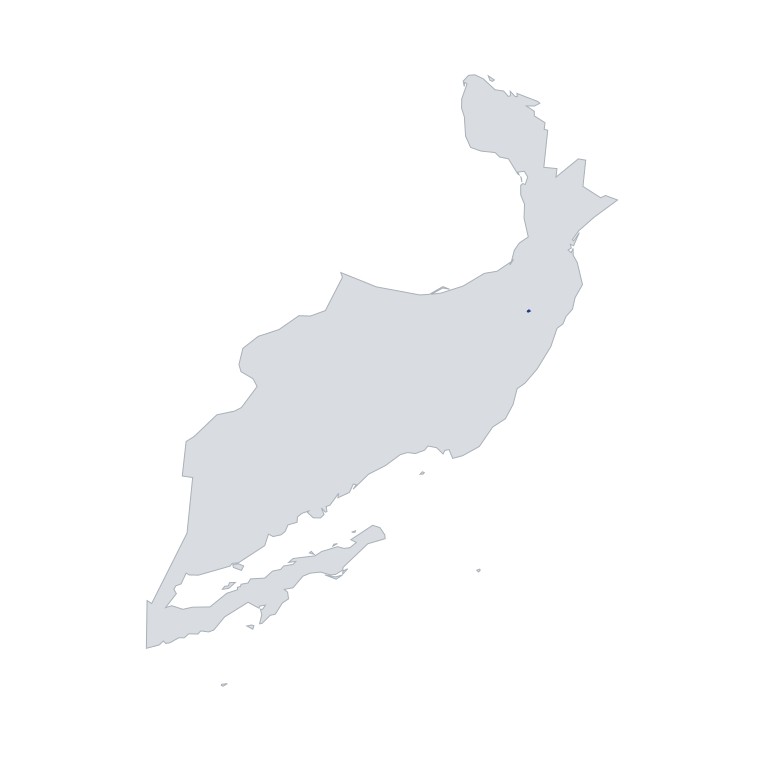 location of San Martín Zacatepec, Oaxaca, Mexico, rotated 276°
{"feature_id": "50627088B15099528987942", "entity_name": "San Martín Zacatepec", "entity_type": "district", "adm_level": 2, "iso_a3": "MEX", "parent_name": "Mexico", "parent_adm1": "Oaxaca", "projection": "robinson", "projection_center": [-98.056, 17.815], "detail": "fine", "context": "in_parent", "style": "filled", "palette": "blue", "viewbox_px": 768, "rotation_deg": 276, "n_neighbors": 0, "source": "geoboundaries", "source_scale": "gbopen_adm2", "svg_char_len": 4175}
<svg xmlns="http://www.w3.org/2000/svg" viewBox="0 0 768 768"><g transform="rotate(276 384 384)"><path d="M96.3,175.3L143.9,171.0L141.4,175.9L215.1,203.7L271.0,203.5L271.4,193.0L306.1,193.2L312.0,200.7L335.9,221.0L341.4,238.1L345.7,244.7L368.3,258.1L375.6,253.1L381.3,240.5L388.2,237.7L404.7,239.9L418.2,253.9L427.2,273.9L443.0,292.2L443.9,303.7L450.9,318.0L485.7,331.5L490.3,329.4L479.8,366.2L476.3,410.3L477.9,419.7L487.0,432.4L485.1,439.3L485.6,432.4L478.1,421.6L480.5,431.5L489.6,452.3L504.5,472.2L507.9,484.5L518.4,497.1L515.5,496.8L521.5,499.8L519.6,498.0L530.6,499.6L538.4,503.9L545.3,512.1L563.8,505.9L577.4,505.0L586.4,500.2L595.9,499.2L597.8,501.0L597.2,503.6L604.9,505.3L610.2,501.3L608.7,494.9L606.2,496.5L606.8,495.1L620.9,484.3L621.8,475.4L625.8,470.3L625.8,456.1L628.3,445.4L639.1,439.2L658.1,436.0L666.4,432.3L675.7,431.5L691.1,435.2L692.4,432.8L688.3,432.7L693.5,431.1L699.8,435.8L701.0,442.1L698.0,450.7L688.2,463.7L687.9,472.3L683.0,477.6L683.9,479.6L688.3,478.9L683.7,484.3L683.7,486.5L686.9,485.8L681.0,507.6L679.5,509.6L676.2,504.6L675.4,496.4L671.0,504.9L666.3,505.5L660.7,516.8L654.0,516.7L653.5,520.3L616.2,520.3L616.3,533.5L607.7,533.4L628.2,553.7L627.7,561.2L601.3,561.2L591.9,579.9L594.6,584.6L591.4,597.0L572.1,575.8L556.7,561.6L547.3,556.2L546.2,557.6L555.0,562.4L541.4,558.1L542.3,554.7L538.8,556.1L536.5,553.1L534.1,556.4L538.6,557.9L531.8,558.7L525.0,563.5L503.6,571.0L489.8,565.0L478.1,563.6L470.3,558.0L462.5,555.7L457.5,550.3L438.6,546.0L414.9,534.7L399.6,524.1L393.2,516.9L377.2,514.5L362.2,508.4L352.6,496.6L331.8,485.3L320.9,469.7L317.2,460.1L325.6,455.5L324.3,451.4L320.6,450.1L326.2,442.9L326.9,434.2L322.4,431.2L318.1,422.5L318.3,414.6L315.4,407.5L303.2,394.2L292.7,378.1L276.2,364.3L280.9,366.9L281.3,363.9L272.5,360.9L266.0,350.0L270.6,350.3L257.8,342.9L256.1,339.3L251.2,340.6L250.4,339.0L254.2,334.7L247.9,338.0L244.2,334.9L243.5,327.7L248.2,321.3L249.9,322.5L246.8,315.9L242.8,311.8L237.4,312.0L233.8,303.2L227.2,301.2L223.3,297.5L220.7,289.7L222.6,284.8L210.8,282.3L190.8,257.7L189.8,251.8L186.8,250.0L174.5,219.4L173.7,210.1L175.3,207.0L164.0,203.1L161.6,198.2L157.9,196.5L153.8,199.4L138.8,190.1L141.3,196.1L138.9,207.6L142.0,216.8L144.1,234.2L159.4,249.5L164.1,259.9L166.5,259.4L167.6,262.5L169.9,262.8L171.9,269.6L176.2,271.6L178.5,285.7L186.3,292.7L188.8,300.6L192.5,303.2L195.1,312.5L198.3,314.8L196.6,307.8L201.0,311.9L205.9,333.4L210.9,339.5L217.4,355.0L216.3,361.5L217.7,367.3L223.5,373.0L225.7,367.3L242.3,387.5L240.7,395.0L234.0,400.6L230.3,401.3L223.4,384.6L197.2,362.3L194.8,362.6L189.5,355.6L188.5,350.9L190.3,340.5L188.2,330.5L184.4,323.4L171.8,314.8L169.3,306.3L166.9,309.9L160.3,311.5L155.6,305.8L143.7,299.9L142.0,294.9L133.2,287.8L132.5,285.3L141.7,286.6L147.2,284.6L147.1,286.8L151.7,289.2L150.1,283.5L148.0,283.1L152.7,271.6L135.8,249.9L121.5,240.4L119.1,235.6L119.3,227.6L115.9,225.0L115.1,215.8L110.7,211.9L110.2,206.5L104.2,198.0L103.2,194.0L105.4,191.3L101.1,187.9L96.3,175.3ZM190.0,258.0L188.3,263.5L183.7,261.7L185.8,253.4L188.5,252.5L190.0,258.0ZM171.1,256.9L164.5,250.9L162.9,244.7L166.2,246.7L166.9,250.2L170.3,251.1L171.1,256.9ZM697.9,462.0L696.3,460.1L697.1,457.6L701.4,455.5L697.9,462.0ZM189.6,362.5L184.9,356.8L188.0,345.2L187.0,355.6L189.6,362.5ZM130.0,279.9L126.4,279.1L129.0,272.9L130.5,277.5L130.0,279.9ZM69.6,259.5L66.6,255.5L67.3,253.7L68.4,253.8L69.6,259.5ZM193.7,362.7L196.5,367.2L190.5,362.8L193.7,362.7ZM300.7,431.3L300.1,433.3L298.6,432.5L298.0,429.3L300.7,431.3ZM219.4,350.9L220.4,354.4L217.3,350.0L219.4,350.9ZM208.2,327.5L210.0,329.1L207.3,332.3L208.2,327.5ZM209.9,498.6L208.7,499.1L206.9,497.7L208.5,495.7L209.9,498.6ZM602.4,499.3L599.2,500.1L604.8,498.2L602.4,499.3ZM235.1,371.0L233.4,370.6L233.3,367.3L235.1,371.0Z" fill="#d9dde1" stroke="#a8b0b8" stroke-width="1"/><path d="M472.2,520.2L472.1,519.9L472.0,519.7L471.9,519.6L471.8,519.4L471.7,519.4L471.4,519.3L471.4,519.5L471.3,519.8L471.2,519.7L470.9,519.6L470.8,519.9L470.9,520.0L471.2,520.4L471.3,520.6L471.5,521.0L471.7,521.3L471.8,521.1L472.0,521.1L472.3,521.1L472.3,520.9L472.3,520.7L472.5,520.5L472.5,520.4L472.4,520.4L472.4,520.2L472.2,520.2L472.2,520.2Z" fill="#3b82f6" stroke="#1e3a8a" stroke-width="1.5"/></g></svg>